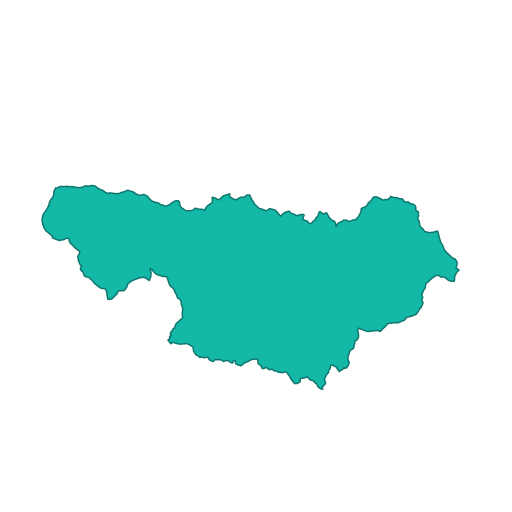 Jigmichhoeling, Geylegphug, Bhutan, rotated 334°
{"feature_id": "84629894B47212795309211", "entity_name": "Jigmichhoeling", "entity_type": "district", "adm_level": 2, "iso_a3": "BTN", "parent_name": "Bhutan", "parent_adm1": "Geylegphug", "projection": "orthographic", "projection_center": [90.525, 27.083], "detail": "fine", "context": "isolated", "style": "filled", "palette": "teal", "viewbox_px": 512, "rotation_deg": 334, "n_neighbors": 0, "source": "geoboundaries", "source_scale": "gbopen_adm2", "svg_char_len": 6133}
<svg xmlns="http://www.w3.org/2000/svg" viewBox="0 0 512 512"><g transform="rotate(334 256 256)"><path d="M81.2,150.7L85.9,155.8L90.9,157.1L93.1,156.9L95.5,158.0L94.7,160.8L94.8,163.1L97.3,170.1L99.5,174.5L99.2,175.4L98.2,176.5L95.6,178.3L94.3,182.6L94.2,187.2L94.8,187.9L94.8,188.7L93.1,189.7L92.5,190.8L92.4,192.4L93.3,194.0L93.5,195.2L92.9,198.5L94.5,200.6L96.3,201.8L98.1,206.3L98.7,209.5L101.6,215.7L102.8,217.2L105.7,219.2L106.4,220.1L106.1,222.3L104.1,228.9L103.9,229.9L104.2,230.3L106.7,231.3L108.6,231.1L114.4,229.1L116.5,227.4L117.4,227.1L121.6,229.1L123.7,228.8L126.4,227.1L128.4,225.1L129.1,224.7L133.8,223.8L142.2,224.6L145.8,226.0L147.4,227.8L149.1,231.0L149.6,231.1L152.4,228.3L154.2,225.4L155.3,221.2L156.4,222.3L157.3,226.0L158.5,228.8L159.7,230.2L161.8,231.9L162.9,233.3L165.3,234.5L166.5,235.5L166.7,237.1L165.8,242.0L165.8,245.1L166.2,246.3L167.0,247.7L167.8,250.3L167.3,253.1L167.6,256.2L167.1,259.0L168.9,262.5L168.7,263.8L167.7,266.6L167.2,270.8L166.7,272.0L164.1,275.9L163.1,279.3L154.7,281.8L152.3,283.7L151.5,285.2L150.1,284.9L148.1,286.2L145.4,287.6L144.9,288.3L144.8,289.4L145.1,289.9L144.9,290.5L143.2,290.4L142.9,290.7L142.6,292.0L140.0,293.2L140.4,294.5L140.8,297.0L141.1,297.5L142.9,297.2L144.3,297.7L145.7,299.3L148.8,301.8L155.1,304.3L156.1,305.0L159.3,309.8L159.3,310.9L158.2,314.0L158.6,318.2L158.9,318.8L160.2,320.3L161.0,322.5L163.2,323.2L164.8,324.8L167.3,325.4L168.1,325.8L168.4,326.5L168.5,328.4L168.9,329.5L170.9,331.8L172.2,331.9L174.1,331.1L174.7,331.3L175.7,332.4L178.0,333.2L179.5,334.7L180.7,336.7L183.0,336.7L185.4,338.1L186.3,340.2L187.8,341.8L188.3,341.7L189.8,340.2L190.4,340.1L190.9,340.4L191.3,341.5L190.6,343.4L190.8,344.4L191.8,345.7L194.2,348.0L196.8,347.7L198.6,347.0L202.9,347.3L206.8,347.1L210.5,348.5L211.7,349.5L211.9,349.9L211.9,350.9L211.0,352.8L210.8,353.9L212.6,357.3L212.1,358.7L212.5,360.0L212.8,360.3L214.2,360.6L215.4,360.4L216.3,360.7L218.1,364.0L220.4,364.6L221.3,365.3L221.9,367.3L224.0,368.2L224.4,368.8L224.7,369.9L228.8,372.6L231.0,372.7L232.4,373.8L233.4,378.1L233.6,382.5L234.5,386.8L234.9,387.6L236.1,388.3L237.4,388.6L240.1,388.5L241.1,387.6L241.8,386.0L242.6,385.6L245.1,386.5L249.4,387.4L249.6,387.7L250.1,390.8L250.7,391.5L252.4,392.9L252.9,393.6L253.6,396.2L254.5,397.7L254.5,401.3L255.8,403.5L256.4,404.2L257.6,404.8L257.7,403.7L258.4,403.1L259.9,402.1L262.4,401.3L263.2,399.7L263.3,396.6L264.4,396.0L266.8,394.0L270.3,392.3L270.7,391.1L271.7,390.3L273.5,389.6L274.1,388.6L274.3,387.6L275.7,386.9L276.5,387.4L279.6,391.2L279.6,393.6L280.2,396.3L282.0,395.9L282.8,396.1L284.3,395.6L284.9,395.7L286.3,395.1L286.8,395.5L286.8,396.0L288.7,396.2L289.6,395.3L291.2,394.8L292.0,393.3L293.0,392.8L293.4,388.9L294.7,386.7L298.2,383.2L299.4,382.3L300.6,381.9L302.0,382.1L303.4,381.4L304.3,380.5L304.9,379.2L306.6,377.7L307.1,376.3L307.5,375.9L310.0,375.7L312.5,373.9L313.8,371.3L314.8,367.4L316.6,365.8L321.6,371.3L323.6,373.0L331.9,375.9L333.0,376.6L334.2,377.9L335.0,378.3L337.4,377.2L342.0,375.8L344.8,374.5L351.1,376.6L353.8,378.1L355.1,378.4L361.2,378.7L362.1,378.4L363.9,377.2L366.5,377.5L368.6,378.2L374.3,378.6L377.5,377.0L380.4,375.0L381.8,374.8L385.1,371.9L385.7,370.8L385.6,369.0L385.9,368.2L387.7,366.3L388.1,363.3L391.8,360.2L394.1,358.8L396.6,355.2L399.2,354.8L403.4,353.3L408.6,352.5L409.9,352.6L411.5,353.4L413.1,356.1L415.5,357.2L416.5,358.1L417.8,361.3L419.1,363.1L420.9,364.5L423.2,365.5L424.7,363.4L425.0,362.3L425.7,361.4L428.0,359.7L428.4,359.0L432.2,357.7L432.2,357.2L431.8,356.3L430.4,354.9L433.3,351.1L434.1,349.4L433.6,346.0L433.4,345.5L432.3,344.9L431.4,343.2L429.2,337.3L428.0,333.1L428.4,328.2L428.1,324.7L428.2,323.2L430.1,313.6L429.7,313.0L425.8,312.4L422.2,311.1L418.6,308.2L418.3,307.8L417.9,304.9L416.6,301.6L416.9,299.1L417.8,296.8L417.9,295.5L417.6,294.0L417.8,292.8L419.9,291.1L420.0,289.7L421.2,288.1L420.6,286.3L419.8,285.4L419.9,284.1L420.5,283.3L421.2,281.7L420.9,279.9L419.5,277.9L417.3,276.3L416.9,274.4L414.3,273.2L413.0,271.6L412.8,269.6L412.3,268.5L410.3,267.8L409.4,266.6L408.1,265.4L405.2,263.6L403.0,261.5L401.7,262.6L398.7,262.9L396.5,261.8L394.8,261.5L394.2,261.1L393.5,259.6L391.4,257.0L390.1,255.7L388.5,254.7L386.4,255.0L384.0,256.7L380.1,257.5L378.8,258.7L376.8,259.7L371.5,259.5L369.3,262.7L367.4,263.9L366.7,264.7L364.6,265.9L361.0,267.0L358.9,266.1L356.0,266.1L354.8,265.8L354.4,265.0L353.2,263.7L350.5,262.1L348.2,262.8L346.3,262.4L344.1,262.7L342.8,263.3L341.5,264.4L341.1,264.5L341.9,260.6L341.5,258.6L340.5,258.3L338.6,253.7L338.4,248.3L336.9,247.7L334.9,247.9L334.0,246.6L333.8,245.6L333.2,244.5L332.7,244.1L332.0,244.3L328.9,247.3L326.2,248.3L324.8,249.5L322.0,250.1L320.4,250.8L319.0,250.9L318.1,249.8L317.2,246.8L315.8,245.8L314.2,243.6L315.5,241.8L317.1,240.3L317.1,239.8L316.6,239.3L314.7,238.5L310.9,237.7L309.9,237.2L308.3,234.8L306.0,232.8L305.8,230.8L305.4,230.2L301.8,229.5L299.5,229.7L295.2,231.0L294.5,226.4L293.5,223.5L292.7,222.5L289.0,219.4L285.1,220.0L281.7,216.3L279.6,214.5L277.5,208.8L277.3,205.4L276.9,203.7L277.0,198.3L275.9,198.1L275.3,197.5L274.5,197.3L271.1,198.0L268.1,196.5L262.5,196.8L260.0,194.0L258.8,192.1L258.7,190.6L259.5,188.6L253.1,187.6L247.2,189.3L244.2,185.4L242.8,184.2L242.0,184.4L241.5,186.6L239.8,189.0L237.2,189.2L233.8,189.8L231.3,191.2L230.0,192.6L228.6,190.8L223.8,188.0L223.1,186.9L222.0,186.4L219.9,187.1L218.3,187.0L213.0,184.9L210.0,179.5L209.8,177.8L210.8,174.0L210.5,172.4L208.4,171.2L206.4,171.1L203.0,171.4L201.2,171.9L197.0,171.9L192.6,167.7L191.5,165.5L187.8,162.5L186.6,161.0L185.3,157.8L184.8,155.0L182.2,151.5L179.8,151.1L177.3,150.0L175.5,147.7L173.6,144.4L170.1,141.2L168.9,140.4L166.6,140.7L162.1,139.7L160.3,139.9L156.9,138.2L151.7,134.9L149.9,134.7L148.6,132.8L146.8,129.5L144.1,126.8L143.7,125.6L142.8,124.6L142.5,123.2L141.5,122.0L139.2,120.6L135.5,119.7L134.2,118.4L129.7,117.9L127.7,117.4L125.0,115.9L121.5,113.2L118.3,111.7L116.5,110.4L113.6,109.5L112.0,108.2L108.6,107.5L105.7,107.6L105.5,107.2L102.6,109.5L101.0,112.3L100.2,113.2L98.3,114.5L96.5,115.3L93.7,117.4L92.3,119.3L88.9,122.1L82.8,125.5L79.8,129.2L78.4,133.1L77.9,137.8L78.2,141.2L81.4,148.1L81.2,150.7Z" fill="#14b8a6" stroke="#0f766e" stroke-width="1.5"/></g></svg>